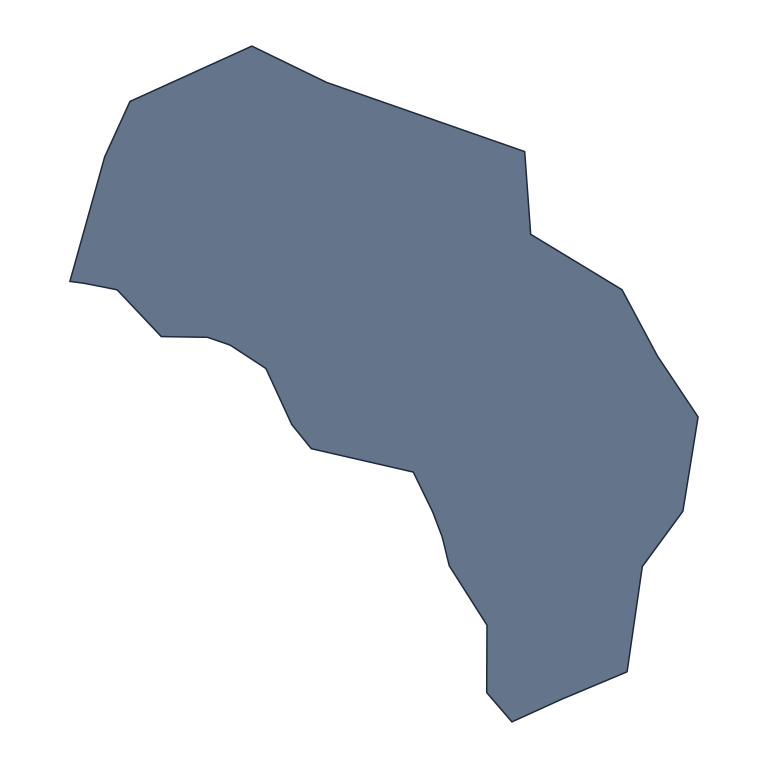 outline of Alona, Nicosia, Cyprus
{"feature_id": "46923920B16152598382892", "entity_name": "Alona", "entity_type": "district", "adm_level": 2, "iso_a3": "CYP", "parent_name": "Cyprus", "parent_adm1": "Nicosia", "projection": "equal_earth", "projection_center": [33.044, 34.926], "detail": "fine", "context": "isolated", "style": "filled", "palette": "slate", "viewbox_px": 768, "rotation_deg": 0, "n_neighbors": 0, "source": "geoboundaries", "source_scale": "gbopen_adm2", "svg_char_len": 511}
<svg xmlns="http://www.w3.org/2000/svg" viewBox="0 0 768 768"><path d="M326.6,82.4L251.8,46.1L130.0,101.4L104.7,156.8L69.9,281.4L84.6,283.4L117.1,289.8L161.3,336.6L207.4,337.3L230.1,345.1L265.9,368.5L291.8,424.6L311.3,448.7L413.3,472.1L432.7,512.0L442.1,536.7L444.6,546.6L445.7,551.3L449.3,565.9L487.0,625.2L486.7,692.6L511.9,721.9L561.1,699.5L627.1,671.8L642.3,566.6L682.9,511.2L698.1,417.0L657.5,356.1L622.0,289.7L530.7,234.3L524.7,151.6L326.6,82.4Z" fill="#64748b" stroke="#1e293b" stroke-width="1.5"/></svg>